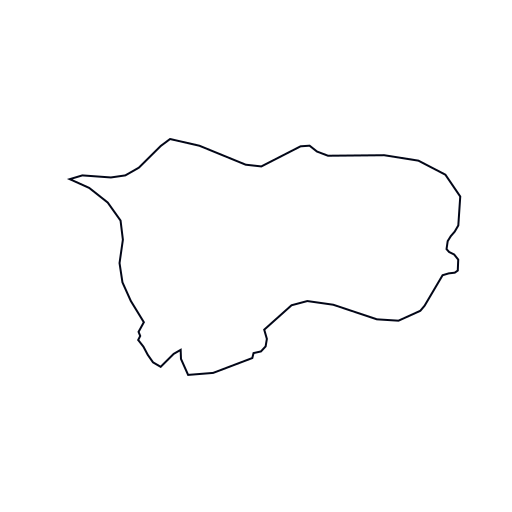 map outline of Bataan (Albers equal-area conic projection), rotated 284°
{"feature_id": "PHL-2555", "entity_name": "Bataan", "entity_type": "Province", "adm_level": 1, "iso_a3": "PHL", "parent_name": "Philippines", "parent_adm1": "", "projection": "albers", "projection_center": [120.419, 14.681], "detail": "fine", "context": "isolated", "style": "outline", "palette": "ink", "viewbox_px": 512, "rotation_deg": 284, "n_neighbors": 0, "source": "natural_earth", "source_scale": "10m", "svg_char_len": 929}
<svg xmlns="http://www.w3.org/2000/svg" viewBox="0 0 512 512"><g transform="rotate(284 256 256)"><path d="M348.7,144.3L349.3,174.4L342.1,223.9L344.2,239.5L373.2,272.7L376.0,281.3L372.1,289.9L370.7,301.6L384.8,356.0L387.8,390.5L380.7,420.1L363.1,439.8L334.6,444.9L327.7,442.9L322.4,440.2L316.8,438.4L308.8,439.2L306.6,442.4L305.4,447.9L301.4,453.1L290.7,455.3L287.9,452.9L285.8,447.3L282.5,441.7L248.5,431.6L242.6,428.7L227.7,409.9L223.8,388.6L227.4,342.7L224.7,316.7L216.8,302.4L186.5,281.8L178.2,286.6L170.6,287.2L164.6,283.9L161.2,277.1L156.1,277.1L132.2,242.7L124.2,218.9L138.0,208.1L146.7,205.6L141.1,199.8L125.4,190.3L127.9,181.8L133.9,174.9L140.8,168.7L146.0,162.0L150.4,163.0L154.0,160.4L164.6,163.2L182.1,145.4L198.1,132.8L216.1,125.3L239.6,122.9L257.6,116.0L272.0,99.2L281.7,77.7L285.5,56.7L292.2,68.0L297.1,96.2L302.6,109.7L313.4,121.0L339.8,137.0L348.7,144.3Z" fill="none" stroke="#020617" stroke-width="2"/></g></svg>